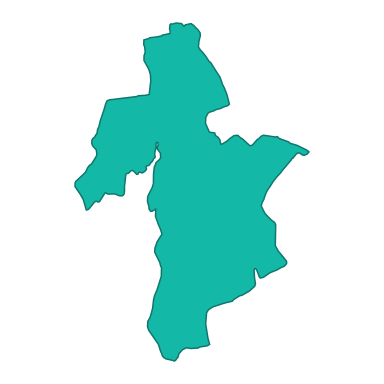 the district of Barberena, Santa Rosa, Guatemala
{"feature_id": "79465075B64045433059615", "entity_name": "Barberena", "entity_type": "district", "adm_level": 2, "iso_a3": "GTM", "parent_name": "Guatemala", "parent_adm1": "Santa Rosa", "projection": "equal_earth", "projection_center": [-90.427, 14.303], "detail": "fine", "context": "isolated", "style": "filled", "palette": "teal", "viewbox_px": 384, "rotation_deg": 0, "n_neighbors": 0, "source": "geoboundaries", "source_scale": "gbopen_adm2", "svg_char_len": 4430}
<svg xmlns="http://www.w3.org/2000/svg" viewBox="0 0 384 384"><path d="M277.5,136.7L275.3,137.0L263.5,135.2L261.1,136.3L258.3,139.2L257.6,139.2L252.2,145.2L250.0,145.8L242.0,138.5L240.7,138.0L237.8,135.3L234.0,135.6L230.3,138.2L226.7,141.3L222.4,143.9L220.7,144.0L219.9,139.9L218.2,137.4L216.9,136.5L216.1,135.9L215.3,135.3L214.8,133.0L209.3,132.1L208.2,129.5L205.5,123.3L205.8,117.4L207.9,113.4L209.2,112.3L214.5,110.6L215.3,109.8L221.2,108.3L222.3,107.4L227.9,105.6L229.4,104.1L226.8,94.2L224.3,87.9L222.0,83.4L222.0,82.6L220.8,79.4L219.8,76.8L217.5,73.3L212.9,66.2L211.1,63.1L208.8,61.0L206.0,56.6L202.2,51.8L201.3,51.0L200.4,50.0L198.4,46.9L199.0,41.0L200.3,35.8L200.1,32.8L197.7,29.5L195.2,27.1L194.0,25.7L191.1,23.6L185.4,24.8L184.0,26.4L181.6,23.6L176.1,23.0L172.3,24.1L170.7,23.9L169.9,25.0L169.7,26.7L169.6,29.6L170.1,30.3L170.1,33.5L162.1,35.2L161.3,36.0L156.2,37.0L149.8,37.7L149.0,38.5L143.9,39.9L143.7,44.5L144.7,47.1L145.2,52.1L144.0,55.9L144.0,60.6L148.6,68.8L150.3,74.0L150.8,80.5L149.2,94.4L145.8,95.3L138.7,95.7L136.2,96.6L109.5,99.8L107.0,100.9L105.7,103.8L104.0,109.7L100.5,120.1L98.9,126.6L97.6,129.4L97.0,133.1L96.4,134.6L95.7,134.9L94.9,136.8L92.8,138.6L91.9,140.3L91.8,143.7L92.6,145.8L94.6,148.1L96.2,149.7L96.9,154.7L96.3,156.2L94.8,158.8L91.4,164.1L89.4,165.4L87.6,167.8L85.6,172.1L83.7,174.0L75.8,181.4L75.1,182.8L75.0,186.6L80.1,194.0L83.3,199.6L86.3,210.0L87.3,209.8L88.4,209.3L89.0,208.8L89.8,207.9L91.4,205.9L92.2,205.0L93.1,203.8L93.7,203.0L94.3,202.3L94.8,201.9L95.9,201.3L96.5,201.3L97.1,201.6L97.6,201.9L98.5,202.1L99.4,201.7L100.1,200.7L102.5,196.9L103.1,196.0L103.8,194.9L104.8,193.1L105.7,192.9L106.3,193.2L107.1,193.8L107.9,194.0L108.5,194.1L110.4,194.0L113.1,194.0L114.0,193.9L115.0,194.1L115.9,194.3L117.4,195.0L118.0,195.3L119.3,195.7L120.1,195.8L120.9,195.9L121.9,195.8L122.7,195.6L123.2,195.3L123.8,194.5L124.1,193.8L124.3,192.8L124.5,191.4L124.5,186.3L124.7,184.4L125.0,182.3L125.3,179.8L125.5,177.8L125.6,175.4L126.0,174.4L126.4,173.8L127.1,173.5L128.1,173.3L128.7,173.1L129.4,172.4L130.1,171.6L130.8,170.9L131.6,170.6L132.7,170.6L133.6,171.1L134.2,171.7L134.8,172.3L136.0,173.6L136.7,174.3L137.8,174.3L138.3,173.3L138.9,172.5L139.7,172.2L140.7,172.4L141.3,172.8L142.1,172.9L143.0,172.5L143.8,172.1L144.7,171.4L145.2,170.9L145.7,170.4L146.3,169.7L146.5,168.7L146.0,167.3L146.2,166.2L147.0,165.8L147.6,165.8L148.9,165.4L149.6,164.7L150.4,163.4L151.1,162.6L151.6,162.1L152.4,161.3L153.0,160.3L153.3,159.5L153.8,158.4L154.7,157.9L155.2,157.0L155.1,156.1L154.7,154.8L154.7,154.0L154.8,152.9L155.1,151.4L155.4,149.8L155.8,148.6L156.0,147.3L156.0,145.5L156.1,143.9L156.2,142.9L156.7,142.3L157.9,142.7L158.2,145.2L157.4,146.5L157.3,149.0L160.3,153.0L160.7,157.2L159.7,159.3L157.8,161.0L156.0,162.7L155.1,165.5L154.3,166.8L153.5,174.3L153.4,183.6L152.1,187.8L148.4,195.0L147.6,197.2L147.5,201.7L148.4,204.8L148.8,206.3L149.1,209.2L150.6,211.3L152.2,211.2L155.7,209.2L155.5,216.4L157.2,221.1L157.9,223.2L158.8,225.5L160.2,228.6L160.7,230.1L161.9,233.6L161.8,234.7L161.0,235.6L157.0,242.0L155.0,248.0L154.7,251.1L154.8,252.4L159.8,262.5L160.7,266.3L161.5,267.5L161.3,276.3L157.0,289.9L154.6,295.6L153.6,299.5L152.6,308.3L150.8,315.2L149.7,318.1L147.8,321.4L147.5,326.8L148.8,330.4L158.4,344.3L160.2,350.1L160.7,351.5L161.9,354.2L162.2,355.6L163.9,357.7L165.1,358.1L165.7,358.8L172.3,360.3L174.4,361.0L175.7,360.2L177.1,358.0L178.0,357.2L178.9,353.7L182.4,349.8L184.7,348.6L186.6,347.8L190.8,348.5L198.2,348.0L199.8,347.0L207.2,345.8L209.6,344.4L207.9,338.0L205.7,324.0L206.6,312.8L208.4,309.9L210.0,308.7L213.1,306.8L222.2,303.8L226.0,302.7L232.3,301.2L233.8,299.5L239.7,295.8L242.1,295.2L249.2,291.2L254.7,286.3L255.5,283.8L254.6,278.4L254.1,271.1L254.2,269.8L254.5,269.1L255.4,268.5L256.0,268.9L256.6,269.7L258.3,274.0L259.1,276.5L259.5,277.1L260.4,278.1L263.8,277.1L269.5,273.0L270.8,272.4L277.1,269.9L280.2,268.0L284.2,266.3L285.1,265.3L286.3,264.0L286.7,263.0L286.5,261.1L279.8,252.9L278.2,251.0L275.3,245.6L275.7,224.9L274.6,222.4L271.7,220.4L265.3,213.9L264.3,212.2L261.3,206.1L262.0,202.9L263.9,199.3L264.2,198.1L265.4,194.6L267.0,191.0L269.1,187.8L269.8,186.9L272.1,183.3L272.4,182.6L276.4,177.4L281.0,172.4L281.6,171.4L283.9,168.6L291.2,160.0L291.5,158.9L292.7,158.4L296.2,154.1L297.5,153.1L299.4,152.9L302.4,155.0L304.4,155.3L307.4,153.9L309.0,151.9L306.4,149.9L297.0,145.3L290.1,143.3L288.8,142.0L279.0,138.4L277.5,136.7Z" fill="#14b8a6" stroke="#0f766e" stroke-width="1.5"/></svg>